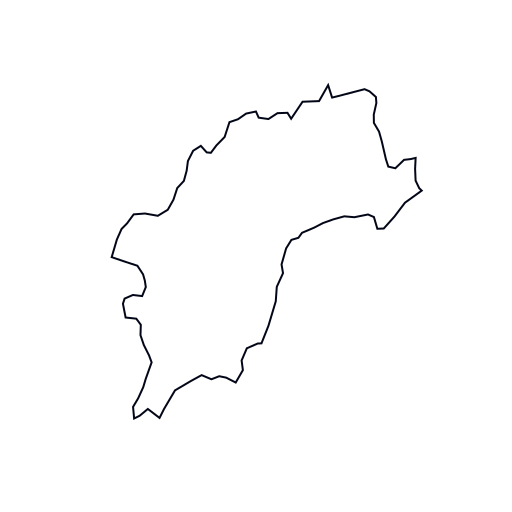 outline of Örebro, Orebro, Sweden, rotated 288°
{"feature_id": "70781695B32779810801713", "entity_name": "Örebro", "entity_type": "district", "adm_level": 2, "iso_a3": "SWE", "parent_name": "Sweden", "parent_adm1": "Orebro", "projection": "robinson", "projection_center": [15.349, 59.26], "detail": "fine", "context": "isolated", "style": "outline", "palette": "ink", "viewbox_px": 512, "rotation_deg": 288, "n_neighbors": 0, "source": "geoboundaries", "source_scale": "gbopen_adm2", "svg_char_len": 1478}
<svg xmlns="http://www.w3.org/2000/svg" viewBox="0 0 512 512"><g transform="rotate(288 256 256)"><path d="M398.6,377.5L396.0,373.2L393.2,367.1L382.5,361.4L381.9,354.2L388.1,349.7L403.9,340.2L412.3,334.6L419.0,327.0L426.9,324.3L438.7,323.2L444.3,320.9L447.7,313.0L448.2,307.7L433.6,284.9L430.3,279.6L430.2,279.4L440.8,271.8L422.8,268.1L417.1,252.6L397.4,247.0L401.9,241.7L398.5,232.3L390.1,225.5L388.4,215.8L393.4,211.3L388.4,202.6L380.5,196.6L375.1,189.4L359.5,189.4L349.0,184.2L340.2,181.2L339.3,177.1L343.7,169.5L336.7,163.7L325.3,161.9L315.6,163.7L305.1,164.2L296.3,160.1L284.1,160.1L272.7,157.8L263.9,150.2L262.1,137.3L257.8,126.8L247.2,123.3L240.2,119.8L228.8,118.6L210.3,119.1L210.1,134.2L210.1,146.2L203.6,154.3L198.2,157.9L192.4,160.8L182.7,160.1L180.9,151.0L174.9,144.2L169.5,144.2L157.2,151.0L159.4,161.5L155.0,167.7L145.0,170.6L136.7,176.8L128.4,185.0L122.6,189.6L105.0,189.1L96.4,189.3L84.2,187.9L74.5,185.7L63.8,190.3L68.1,194.7L77.1,200.4L72.2,214.3L82.1,215.8L103.2,220.5L117.2,232.9L125.9,241.1L125.0,251.7L130.3,258.2L131.1,265.2L129.4,275.8L143.4,278.8L152.2,274.6L165.4,275.8L173.3,284.7L174.6,288.2L193.5,289.4L219.0,288.8L233.1,285.3L248.0,287.0L255.9,282.9L272.6,282.3L282.3,284.7L286.4,290.7L292.3,292.6L300.8,302.4L308.1,309.6L314.8,318.3L321.0,327.7L323.3,337.6L330.1,349.7L329.5,356.1L319.4,363.0L321.6,369.0L336.3,375.5L352.7,381.2L369.4,393.4L370.9,390.3L377.0,384.5L388.0,380.4L398.6,377.5Z" fill="none" stroke="#020617" stroke-width="2"/></g></svg>